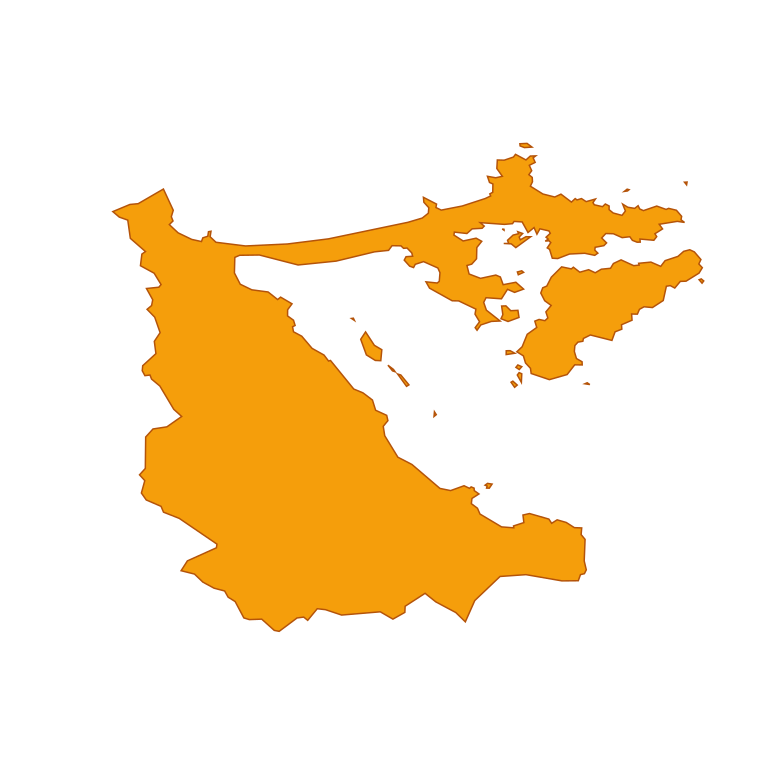 the district of Van Ninh, Khánh Hòa, Vietnam, rotated 280°
{"feature_id": "81297802B51561347842325", "entity_name": "Van Ninh", "entity_type": "district", "adm_level": 2, "iso_a3": "VNM", "parent_name": "Vietnam", "parent_adm1": "Khánh Hòa", "projection": "equal_earth", "projection_center": [109.333, 12.708], "detail": "fine", "context": "isolated", "style": "filled", "palette": "amber", "viewbox_px": 768, "rotation_deg": 280, "n_neighbors": 0, "source": "geoboundaries", "source_scale": "gbopen_adm2", "svg_char_len": 6189}
<svg xmlns="http://www.w3.org/2000/svg" viewBox="0 0 768 768"><g transform="rotate(280 384 384)"><path d="M458.2,123.6L453.2,138.4L443.2,147.2L440.2,145.4L436.8,133.5L426.8,141.6L420.9,141.5L416.4,137.7L410.0,146.6L395.7,154.6L386.1,150.4L374.3,154.1L360.1,143.2L355.1,143.6L350.7,147.1L352.2,152.0L348.5,154.2L343.1,163.6L322.6,181.3L316.9,190.4L304.1,177.6L299.6,164.3L290.4,158.5L259.4,163.6L252.1,159.0L247.3,165.2L234.5,164.0L228.5,170.0L224.8,185.7L219.5,189.1L216.1,205.7L197.3,247.3L193.6,247.4L175.7,221.1L164.9,216.6L163.9,230.4L157.4,240.1L153.4,252.1L152.5,263.0L147.0,267.5L143.9,275.2L129.3,286.6L128.6,292.3L131.2,304.4L122.3,318.7L122.2,323.7L138.5,339.0L140.5,345.4L138.0,349.9L151.1,357.3L151.6,365.6L149.1,382.4L159.0,419.9L154.0,433.6L162.7,444.2L168.8,443.4L185.0,460.8L178.4,472.9L171.4,494.4L163.9,505.4L186.5,511.0L214.6,531.7L220.9,556.9L221.0,593.4L224.0,609.5L230.4,610.6L232.0,614.3L236.1,615.5L244.5,611.9L265.9,609.0L269.9,604.3L276.6,603.7L275.6,596.4L279.3,587.5L280.3,578.1L275.9,573.3L279.6,569.8L281.7,549.8L279.1,543.6L271.8,545.8L266.7,536.2L264.9,536.8L263.7,524.6L272.6,501.1L277.9,497.6L281.3,490.8L286.6,490.5L292.2,496.6L294.7,491.4L297.1,490.8L297.8,487.7L296.1,486.3L297.7,480.5L290.6,468.1L290.9,457.2L309.6,425.5L314.3,410.4L333.2,393.7L342.2,390.6L348.6,394.2L353.6,392.1L356.7,380.3L366.2,375.4L371.6,364.9L373.8,355.1L397.9,327.2L397.0,325.4L402.1,319.9L406.6,307.0L416.8,294.7L419.7,285.8L424.5,284.0L426.2,286.3L431.1,283.8L434.3,277.2L440.4,276.2L447.0,279.5L451.6,267.1L448.7,264.6L454.5,253.9L453.8,237.5L457.3,225.1L467.4,217.4L482.8,215.1L485.7,219.5L489.4,238.9L486.3,278.7L496.7,315.5L512.5,351.7L516.4,365.3L521.6,367.9L523.0,376.7L521.0,379.7L521.9,383.1L517.9,388.6L514.8,390.0L513.2,383.6L509.5,382.4L504.5,388.8L503.8,392.9L507.3,394.0L511.4,401.7L507.6,416.9L503.3,419.8L494.7,420.6L492.7,418.9L491.9,407.6L486.3,412.2L477.8,436.7L478.8,443.1L473.7,461.5L468.6,461.5L461.9,467.3L455.3,464.0L453.1,466.3L459.0,469.1L464.3,478.9L466.2,487.4L474.5,472.0L481.7,468.0L486.7,469.5L488.3,484.9L498.7,489.2L496.9,496.7L501.7,505.0L507.1,496.2L502.5,484.1L509.6,480.0L510.7,475.2L504.8,460.7L507.1,448.7L515.1,445.1L517.3,449.6L523.4,453.4L534.5,451.7L541.5,455.5L543.6,449.4L538.6,437.1L542.8,427.0L545.8,426.9L546.6,439.5L552.1,443.9L554.4,453.6L556.9,455.3L559.6,450.7L562.1,474.8L564.2,482.7L566.7,483.9L567.6,491.9L558.2,499.5L564.1,504.6L558.1,508.6L563.9,510.6L563.4,519.8L561.3,521.6L556.7,518.1L555.2,520.6L552.7,518.0L553.7,521.6L552.2,523.7L546.4,521.1L545.3,523.7L537.1,527.9L537.7,533.3L544.2,544.1L547.6,559.0L547.3,569.2L550.0,571.9L552.4,568.4L555.3,568.2L558.4,576.5L561.6,578.7L565.6,573.0L570.7,576.3L571.8,583.8L569.5,593.1L571.7,600.5L568.6,603.7L567.6,608.6L568.2,611.7L571.2,610.9L572.4,624.8L576.5,627.0L579.0,624.7L585.1,631.4L589.1,627.3L595.1,644.6L595.3,651.9L597.3,648.0L600.8,648.0L605.9,641.8L606.4,633.8L604.9,631.5L606.6,621.7L599.8,609.4L600.8,605.4L603.7,603.3L600.5,600.4L600.4,593.4L602.6,587.8L596.3,591.7L591.4,589.1L592.2,580.0L594.8,575.4L598.4,574.8L599.7,570.7L596.6,568.4L597.0,560.0L598.9,558.3L602.9,560.1L598.7,551.4L600.9,546.3L598.8,542.1L599.8,540.1L595.7,537.0L601.7,525.3L597.8,519.7L598.7,507.5L604.2,493.8L609.0,495.1L613.2,494.1L615.3,490.3L619.7,492.4L624.6,489.1L628.5,494.4L632.6,491.6L635.0,493.8L633.9,488.5L629.3,484.9L633.0,473.6L630.0,472.1L625.3,463.5L624.3,456.7L615.8,457.7L609.1,464.5L606.5,458.2L606.5,449.8L600.8,452.9L599.9,456.5L591.7,457.8L589.6,455.2L587.7,456.4L584.2,451.4L572.9,430.2L565.2,410.2L566.8,404.5L570.3,404.5L574.7,390.4L569.9,391.7L565.4,397.5L559.9,398.0L554.1,392.9L547.4,379.5L517.3,304.1L505.1,264.5L495.9,223.7L494.4,193.9L498.8,187.2L504.4,187.1L503.5,184.7L498.9,184.8L496.5,180.2L492.6,179.5L493.0,169.6L497.1,155.0L503.7,144.9L507.9,147.9L511.8,145.5L518.5,146.3L537.7,132.9L518.9,110.6L516.7,102.6L506.7,87.0L502.4,94.3L500.9,103.2L483.4,108.9L473.0,126.1L469.9,123.0L458.2,123.6ZM444.7,513.6L438.8,509.2L435.9,516.4L429.3,519.7L424.9,525.5L419.9,527.1L417.0,546.1L425.1,562.7L436.0,568.5L437.2,575.9L440.3,575.2L442.5,569.1L449.1,565.8L455.0,565.3L458.9,567.7L460.6,572.4L463.5,572.5L468.1,578.7L466.5,600.9L475.5,602.5L479.3,608.7L483.6,607.6L489.9,617.2L495.9,615.7L496.8,621.4L501.9,622.6L505.2,626.7L505.9,635.1L514.7,644.5L529.3,645.1L530.6,648.8L529.0,653.7L536.5,658.0L537.7,663.6L547.9,675.0L553.8,677.3L556.9,673.2L561.6,674.5L568.0,666.7L569.3,661.8L566.7,656.1L560.7,651.3L554.3,639.4L547.9,636.1L550.4,625.7L547.1,613.8L545.4,614.6L543.9,609.4L547.4,595.9L542.5,589.0L537.3,587.0L534.8,578.1L530.2,572.7L532.1,565.7L528.1,557.4L531.9,550.2L529.9,548.5L530.2,538.6L518.2,530.2L508.7,527.3L506.3,523.6L500.8,522.6L493.9,527.8L490.4,535.0L483.1,530.9L477.5,533.9L474.3,531.5L474.5,525.5L472.1,521.6L466.2,524.6L457.8,516.4L444.7,513.6ZM424.0,353.3L409.6,361.6L405.7,371.3L406.4,376.8L417.4,375.9L420.4,367.8L432.1,356.8L424.0,353.3ZM481.2,486.3L472.9,489.0L468.6,487.9L467.1,495.3L473.0,505.4L479.8,503.1L478.2,496.1L482.1,490.5L481.2,486.3ZM544.0,482.4L543.2,477.5L544.1,485.0L541.2,490.1L554.5,502.9L553.7,498.2L549.7,493.2L552.2,491.6L556.3,494.4L557.2,489.3L555.4,490.5L553.1,485.3L547.0,480.7L544.0,482.4ZM643.0,488.6L645.8,483.1L644.2,476.1L642.1,476.7L641.2,481.2L643.0,488.6ZM387.5,408.7L395.8,399.0L396.2,395.7L385.6,406.6L387.5,408.7ZM418.0,517.9L418.7,515.1L416.0,513.7L409.5,519.0L418.0,517.9ZM304.1,503.2L301.9,501.1L301.4,503.3L299.3,503.1L299.7,505.8L304.2,507.8L304.1,503.2ZM425.0,516.7L426.0,512.5L423.3,511.0L421.7,514.7L425.0,516.7ZM438.0,498.6L434.2,499.2L437.0,507.5L438.7,502.5L438.0,498.6ZM406.1,515.4L409.2,510.4L407.8,508.8L403.4,513.2L406.1,515.4ZM519.4,500.0L517.5,495.9L514.9,497.3L518.2,502.1L519.4,500.0ZM541.0,681.0L542.6,678.2L541.4,676.2L538.5,679.7L541.0,681.0ZM398.0,392.8L400.0,390.8L403.2,384.6L398.4,390.1L398.0,392.8ZM617.9,591.6L618.1,589.6L615.4,587.2L616.4,590.3L617.9,591.6ZM419.2,586.8L420.5,583.9L419.1,581.8L419.2,586.8ZM635.5,647.4L634.9,644.9L632.7,647.4L635.5,647.4ZM362.9,440.8L365.4,438.5L360.7,438.9L362.9,440.8ZM441.5,343.8L443.5,342.4L442.9,340.6L441.5,343.8ZM556.3,475.5L557.2,475.3L557.2,473.5L556.3,475.5Z" fill="#f59e0b" stroke="#b45309" stroke-width="1.5"/></g></svg>